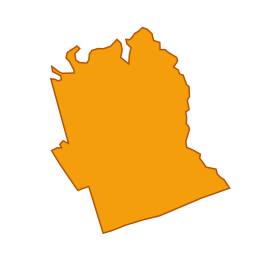 outline of Nova Bassano, Rio Grande do Sul, Brazil, rotated 73°
{"feature_id": "56859067B37994166277971", "entity_name": "Nova Bassano", "entity_type": "district", "adm_level": 2, "iso_a3": "BRA", "parent_name": "Brazil", "parent_adm1": "Rio Grande do Sul", "projection": "natural_earth1", "projection_center": [-51.791, -28.727], "detail": "fine", "context": "isolated", "style": "filled", "palette": "amber", "viewbox_px": 256, "rotation_deg": 73, "n_neighbors": 0, "source": "geoboundaries", "source_scale": "gbopen_adm2", "svg_char_len": 1233}
<svg xmlns="http://www.w3.org/2000/svg" viewBox="0 0 256 256"><g transform="rotate(73 128 128)"><path d="M58.3,187.4L125.3,189.4L121.3,193.9L123.8,198.1L127.5,197.2L126.2,201.9L127.4,207.6L141.7,204.0L173.0,194.3L172.4,182.6L221.3,182.5L221.4,173.1L220.2,159.2L220.2,139.9L221.2,123.6L217.5,88.2L216.5,79.2L215.2,48.4L205.5,51.3L202.1,54.1L197.9,56.2L193.1,55.8L188.2,64.9L182.1,66.7L177.9,68.3L174.2,66.5L168.1,72.3L163.7,77.5L158.0,76.8L152.9,73.4L147.2,69.6L144.3,69.6L140.8,71.0L135.2,68.9L129.5,68.1L128.1,64.1L118.8,63.2L115.8,60.0L106.3,57.6L103.7,59.3L93.7,59.8L91.3,63.0L87.4,62.9L82.9,66.6L80.3,63.0L78.1,60.9L74.7,60.9L67.1,67.7L63.9,69.7L62.4,74.4L55.6,72.6L51.7,78.0L44.9,77.5L39.3,80.7L36.2,84.7L38.7,90.0L39.4,93.7L42.4,97.5L44.1,100.6L42.6,104.2L47.5,104.3L52.1,101.6L57.9,105.1L67.0,108.5L58.4,114.4L52.0,110.9L49.0,110.4L44.7,110.0L40.1,112.6L44.8,120.9L45.0,128.2L43.3,133.5L43.2,139.7L46.0,143.3L51.6,145.6L53.9,148.5L51.1,155.4L47.8,158.0L41.4,157.1L38.0,150.9L34.6,152.8L36.0,156.8L36.9,160.6L38.2,164.1L42.9,166.8L47.3,164.5L56.9,162.7L59.6,163.5L56.5,174.9L54.4,177.3L46.8,182.9L52.0,183.6L58.5,177.1L62.3,177.5L62.6,181.1L60.2,183.5L58.3,187.4Z" fill="#f59e0b" stroke="#b45309" stroke-width="1.5"/></g></svg>